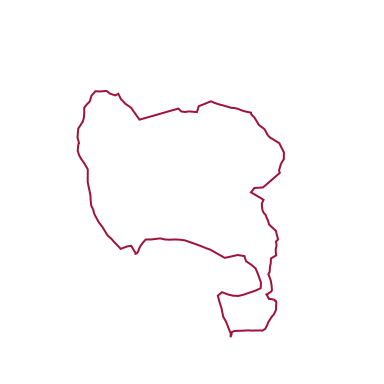 Orhionmwon, Edo, Nigeria, rotated 124°
{"feature_id": "59680162B17520648889441", "entity_name": "Orhionmwon", "entity_type": "district", "adm_level": 2, "iso_a3": "NGA", "parent_name": "Nigeria", "parent_adm1": "Edo", "projection": "natural_earth1", "projection_center": [6.057, 6.084], "detail": "fine", "context": "isolated", "style": "outline", "palette": "rose", "viewbox_px": 384, "rotation_deg": 124, "n_neighbors": 0, "source": "geoboundaries", "source_scale": "gbopen_adm2", "svg_char_len": 2986}
<svg xmlns="http://www.w3.org/2000/svg" viewBox="0 0 384 384"><g transform="rotate(124 192 192)"><path d="M287.7,79.6L287.1,80.3L285.8,80.6L283.4,79.0L281.2,76.0L278.0,71.6L276.4,69.5L275.1,67.8L274.2,66.0L272.6,63.7L271.3,61.9L270.3,60.4L268.4,57.8L267.8,56.3L267.3,56.0L264.6,54.8L260.1,55.2L257.6,56.0L255.1,56.0L252.5,56.1L250.0,56.1L248.1,55.7L244.3,56.2L242.3,56.6L240.8,57.7L238.9,58.9L236.9,60.0L235.6,61.2L235.8,62.1L235.5,62.2L235.4,63.3L235.4,63.8L236.5,66.4L237.0,67.6L237.6,68.4L237.3,68.9L237.1,69.3L237.1,69.6L236.7,69.9L236.6,70.4L236.4,70.9L235.8,71.7L235.3,73.0L234.2,72.1L232.9,71.9L231.1,70.9L229.8,70.6L228.8,70.8L225.0,73.7L221.3,77.3L219.5,79.7L217.5,82.7L214.8,83.0L210.4,85.5L207.0,86.9L203.0,89.4L197.5,86.8L193.2,90.3L188.7,92.2L186.1,94.7L183.2,94.1L181.3,96.3L180.1,97.7L177.3,100.7L176.1,108.5L175.7,110.2L175.3,110.6L173.1,113.1L171.9,115.4L169.9,118.0L169.2,120.8L168.0,123.0L164.8,126.0L162.3,127.7L160.6,128.0L158.5,128.3L158.6,132.1L159.3,142.9L153.8,142.5L148.5,135.7L127.1,129.9L125.5,131.8L124.6,132.2L119.5,133.8L116.6,134.2L113.5,134.2L107.7,138.0L103.3,146.0L102.7,146.7L103.0,153.1L103.0,155.0L103.3,156.9L102.7,160.6L100.5,164.8L99.5,166.7L99.2,169.3L99.2,171.2L98.9,174.2L95.4,181.8L94.5,186.3L93.2,187.4L95.8,193.8L96.5,196.4L96.8,197.5L97.4,200.5L98.7,203.9L100.3,206.5L101.2,209.5L102.2,212.5L102.8,214.7L103.5,216.2L104.4,219.2L105.4,222.6L106.2,227.0L113.6,232.0L117.1,234.4L123.0,232.6L126.9,239.6L129.5,242.4L131.2,245.8L130.5,250.0L161.4,276.0L157.6,286.1L156.2,289.5L156.1,296.8L154.7,302.9L153.1,305.8L151.8,308.0L154.8,309.6L156.3,314.9L156.0,319.4L159.9,324.2L162.5,328.4L168.2,329.2L174.4,327.4L178.3,328.2L182.5,328.5L186.1,325.9L190.5,323.4L191.7,322.9L194.5,321.9L195.9,321.9L197.7,321.9L198.5,321.8L199.9,321.8L202.9,321.8L204.5,320.9L206.1,320.1L210.7,317.5L214.8,312.9L215.6,313.0L217.3,312.2L221.8,309.8L224.2,306.7L224.7,306.1L226.8,301.8L228.2,297.9L231.4,291.2L234.9,288.8L235.5,288.4L238.9,286.2L242.2,283.9L245.3,280.8L248.2,277.7L252.0,274.0L256.3,270.8L258.7,268.7L259.6,268.0L260.5,266.5L261.7,264.3L262.5,263.4L265.3,260.0L267.4,255.8L268.5,253.8L269.3,252.1L271.0,247.0L274.5,239.3L275.2,237.6L275.9,232.6L276.9,228.9L279.0,219.3L273.5,215.4L270.6,212.3L274.3,204.5L274.8,204.2L274.7,204.1L273.5,203.4L271.0,203.5L268.9,204.1L266.3,204.5L262.9,204.5L260.0,204.2L257.5,203.9L256.7,203.1L254.1,199.2L251.0,195.6L248.3,192.5L246.4,187.7L244.0,183.8L240.9,179.6L238.5,175.7L236.1,170.9L234.6,165.3L232.9,158.8L231.5,152.9L230.8,149.3L229.6,144.8L229.3,141.1L229.0,137.4L228.3,128.1L225.3,125.1L222.3,122.3L218.7,118.9L215.8,112.7L219.2,108.5L219.1,102.6L219.8,96.6L222.2,92.9L224.3,89.8L226.5,87.0L228.6,84.1L230.3,83.1L231.9,82.1L233.4,81.3L238.4,84.3L241.7,86.8L244.6,89.1L247.7,91.3L252.1,95.3L252.3,95.5L255.1,100.2L256.8,104.7L258.3,111.1L263.5,112.6L267.3,108.3L271.8,102.6L275.5,98.9L278.0,96.3L280.6,91.0L283.9,86.4L287.7,80.7L290.8,78.9L287.7,79.6Z" fill="none" stroke="#9f1239" stroke-width="2"/></g></svg>